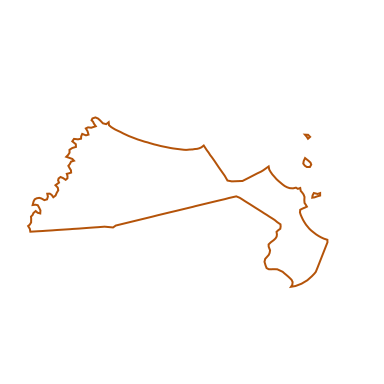 outline of Cabo Frio, Rio de Janeiro, Brazil, rotated 291°
{"feature_id": "56859067B63803559021809", "entity_name": "Cabo Frio", "entity_type": "district", "adm_level": 2, "iso_a3": "BRA", "parent_name": "Brazil", "parent_adm1": "Rio de Janeiro", "projection": "mercator", "projection_center": [-42.045, -22.737], "detail": "fine", "context": "isolated", "style": "outline", "palette": "amber", "viewbox_px": 384, "rotation_deg": 291, "n_neighbors": 0, "source": "geoboundaries", "source_scale": "gbopen_adm2", "svg_char_len": 3582}
<svg xmlns="http://www.w3.org/2000/svg" viewBox="0 0 384 384"><g transform="rotate(291 192 192)"><path d="M130.6,131.0L133.4,132.9L154.9,164.0L157.7,167.9L165.2,178.8L168.8,184.1L173.9,191.5L177.0,196.0L178.5,198.2L180.0,200.2L192.5,218.4L194.0,220.6L197.1,225.2L199.6,228.6L201.8,231.9L203.8,234.9L203.7,238.6L203.2,241.2L202.5,244.4L201.9,247.5L201.3,250.7L200.6,254.1L200.0,257.0L199.5,259.6L199.0,262.1L198.5,264.6L198.0,266.8L197.4,270.1L196.7,273.2L196.2,275.9L195.5,279.2L194.4,282.4L193.5,286.2L191.6,287.1L189.3,287.6L187.2,286.2L185.1,285.2L182.8,286.5L180.7,287.0L178.6,286.6L176.3,285.5L173.3,283.6L170.5,282.3L168.4,283.2L165.5,285.8L162.9,286.3L160.8,286.2L158.1,285.2L155.8,284.3L152.8,284.7L149.8,287.0L147.7,288.9L147.4,291.3L148.2,293.5L149.3,296.1L150.4,299.3L150.0,305.2L149.2,307.3L148.4,309.7L147.5,312.2L146.6,314.4L145.7,316.4L144.0,318.2L141.3,318.9L139.0,318.4L141.3,322.3L145.6,327.1L150.9,331.3L156.3,334.1L159.6,335.5L161.8,336.2L166.6,336.3L181.3,336.4L193.6,336.5L195.9,335.5L195.7,331.8L195.9,328.9L196.3,326.0L196.9,323.1L197.9,319.8L198.8,317.0L199.8,314.6L201.0,312.5L202.3,310.2L204.2,307.6L205.9,305.5L207.8,303.5L209.6,301.7L211.6,300.1L214.2,299.4L216.3,301.3L218.0,303.1L219.5,304.5L220.8,302.9L222.1,301.0L224.6,299.8L227.7,298.8L229.7,297.0L231.0,295.0L232.0,293.1L234.5,291.6L232.9,289.7L233.3,287.5L231.6,285.0L230.6,281.8L230.5,279.1L230.8,276.4L231.5,273.9L232.4,271.3L233.3,268.7L234.3,266.2L235.7,263.6L237.2,260.7L238.9,258.2L240.6,256.1L243.3,254.4L237.6,250.6L235.7,249.1L232.8,246.3L225.7,240.0L220.4,235.2L216.2,225.4L215.4,221.0L218.9,216.7L223.1,210.4L224.8,207.9L229.1,201.8L231.5,198.2L233.0,195.7L234.6,193.6L236.5,190.6L239.6,186.3L237.1,184.8L235.4,183.1L234.1,181.3L233.1,179.2L231.9,177.2L230.7,174.4L229.4,171.9L228.6,169.6L228.0,167.2L227.4,164.8L226.7,162.0L225.9,158.7L225.4,156.3L225.0,153.9L224.6,151.5L224.2,149.2L223.7,146.2L223.3,142.6L222.9,139.7L222.7,137.2L222.5,134.9L222.4,132.8L222.0,129.7L221.8,125.7L221.6,122.5L221.6,119.6L221.6,115.9L221.6,112.9L221.8,110.0L222.0,107.0L222.4,103.8L222.6,100.7L222.8,98.0L223.2,95.6L223.7,93.2L224.6,90.6L227.3,89.2L224.6,87.6L224.2,84.2L225.9,80.6L226.9,78.0L227.0,75.1L225.0,72.7L223.0,72.5L222.1,74.5L220.7,75.9L218.9,78.6L215.9,74.9L215.1,71.8L213.3,70.1L211.3,72.7L208.5,74.8L206.9,72.7L206.9,68.7L204.2,68.6L202.0,69.3L200.3,66.7L199.3,62.8L196.4,62.1L195.0,66.4L192.5,67.5L190.2,64.5L187.5,62.5L184.8,63.6L182.3,63.1L179.8,62.0L179.9,64.9L180.0,68.4L178.9,70.6L177.0,68.2L174.2,67.9L172.1,67.2L170.4,69.2L168.9,71.2L166.8,72.2L165.4,70.5L164.1,68.6L162.2,70.1L160.1,70.8L158.1,69.7L158.8,66.6L158.9,63.9L156.8,62.6L154.9,62.8L153.1,64.5L151.3,63.3L149.4,62.1L148.0,65.1L145.7,66.5L142.6,66.0L139.8,65.9L137.4,64.4L139.0,62.0L139.5,59.8L138.5,57.5L136.1,59.1L133.2,59.3L131.5,57.1L132.0,53.8L131.8,51.5L130.5,49.3L128.8,47.8L126.5,47.5L122.7,47.9L124.0,50.3L124.4,52.7L122.7,54.8L120.5,57.1L117.6,58.0L117.3,55.3L118.2,52.9L115.5,51.5L113.3,51.4L111.3,50.5L109.5,51.4L105.9,52.7L103.3,52.2L101.5,51.2L99.5,53.8L97.0,55.3L98.4,58.4L99.5,60.8L100.8,63.7L102.0,66.4L103.6,69.8L106.0,75.1L108.2,79.7L110.8,85.4L113.5,91.3L115.0,94.4L117.2,99.3L121.4,108.1L124.3,114.3L125.3,116.5L128.3,122.8L130.6,131.0ZM261.9,292.1L263.0,289.2L264.2,285.4L260.9,285.2L258.4,285.7L257.0,287.9L256.5,290.2L257.6,293.1L260.3,293.5L261.9,292.1ZM236.9,312.0L235.2,310.0L234.7,306.1L232.0,305.8L229.8,306.3L230.9,308.3L233.0,310.7L234.6,312.9L236.9,312.0ZM287.0,279.9L286.0,276.9L284.7,279.3L283.3,281.2L285.8,282.5L287.0,279.9Z" fill="none" stroke="#b45309" stroke-width="2"/></g></svg>